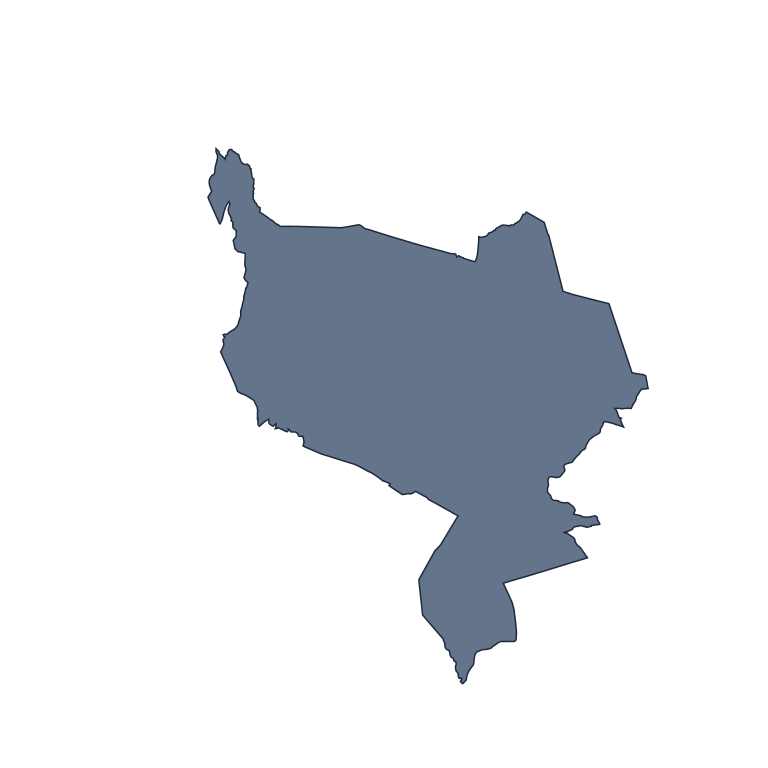 outline of Tlazazalca, Michoacán, Mexico, rotated 210°
{"feature_id": "50627088B28595792549416", "entity_name": "Tlazazalca", "entity_type": "district", "adm_level": 2, "iso_a3": "MEX", "parent_name": "Mexico", "parent_adm1": "Michoacán", "projection": "orthographic", "projection_center": [-102.046, 20.015], "detail": "fine", "context": "isolated", "style": "filled", "palette": "slate", "viewbox_px": 768, "rotation_deg": 210, "n_neighbors": 0, "source": "geoboundaries", "source_scale": "gbopen_adm2", "svg_char_len": 6159}
<svg xmlns="http://www.w3.org/2000/svg" viewBox="0 0 768 768"><g transform="rotate(210 384 384)"><path d="M155.0,466.5L158.0,468.5L161.9,471.7L161.3,473.0L162.7,472.7L163.8,472.7L165.1,473.6L167.4,475.7L169.1,477.1L171.8,478.3L168.1,480.6L166.0,481.2L161.0,484.8L157.7,486.4L158.1,490.5L157.9,493.1L157.9,495.5L158.2,497.3L159.2,499.5L158.8,502.0L158.8,504.2L158.6,507.5L157.6,508.6L156.2,509.8L152.9,512.2L153.6,512.7L161.4,522.0L163.8,521.8L174.8,517.7L229.3,566.0L265.3,555.9L275.3,553.8L315.8,595.3L317.0,595.7L326.1,604.1L346.7,604.1L346.9,602.9L346.8,601.8L347.1,601.2L348.4,600.4L348.1,596.3L348.2,593.1L349.4,590.9L349.5,590.0L349.8,589.3L350.8,588.8L351.0,587.0L351.6,586.1L353.0,585.6L353.7,585.0L354.1,583.7L355.4,583.6L356.5,582.7L357.8,582.5L359.0,581.8L360.2,581.3L360.4,580.8L361.2,580.5L361.9,579.6L363.7,576.2L364.7,574.9L364.8,572.4L365.9,571.7L365.9,570.4L367.5,568.5L368.7,567.2L368.7,565.8L369.2,563.4L370.1,562.4L373.4,559.4L374.1,559.2L375.4,559.1L375.6,559.0L372.7,553.6L369.0,545.6L367.2,541.1L366.6,538.5L366.4,536.9L366.3,535.3L377.6,532.7L378.7,533.0L379.9,532.5L383.6,532.4L384.5,530.3L386.9,532.4L391.5,530.3L422.5,522.1L451.4,515.2L474.8,510.0L478.2,509.0L483.5,509.7L485.7,509.2L493.5,502.5L499.1,498.0L537.6,477.3L552.6,468.7L556.4,469.1L556.9,468.6L563.4,469.9L563.8,469.4L568.5,470.2L577.7,470.8L578.3,472.8L579.4,474.7L582.3,474.8L583.3,475.2L584.0,476.0L585.2,476.7L586.7,476.7L587.8,478.0L588.4,478.2L589.5,478.6L590.3,479.4L590.8,480.7L591.6,481.8L592.3,484.0L593.8,485.5L594.1,488.4L595.3,488.8L596.3,490.4L597.0,492.7L597.8,493.8L599.1,496.4L600.6,496.6L601.8,497.3L602.5,498.0L603.6,499.8L604.3,500.2L604.7,501.1L605.7,501.9L606.5,503.8L608.1,504.1L608.6,504.4L609.5,505.7L609.8,505.8L610.6,505.6L612.1,506.1L614.2,504.6L615.7,504.4L617.2,504.4L618.9,505.1L621.5,507.1L624.5,509.9L627.9,509.8L628.4,510.1L629.6,510.2L630.2,510.0L631.0,510.1L631.5,510.3L632.4,510.3L633.1,511.0L635.1,509.7L635.3,507.2L635.0,505.7L634.1,504.3L634.9,502.9L634.0,499.1L635.3,499.8L639.0,500.5L641.8,501.3L643.2,502.8L647.1,503.8L645.6,501.2L642.1,498.3L641.4,496.9L639.8,492.0L639.0,488.5L637.7,485.4L636.6,483.1L636.1,481.0L636.3,479.8L637.2,478.9L637.6,475.4L637.2,473.1L635.9,470.8L634.9,469.3L631.4,466.1L629.7,465.1L629.9,457.9L628.0,456.2L606.6,440.6L606.0,440.8L606.4,445.5L608.8,453.6L609.8,459.6L609.5,464.4L607.4,463.0L606.8,459.1L606.0,456.7L603.3,453.8L600.5,452.2L598.6,450.6L598.3,449.2L597.7,448.7L597.1,448.7L596.0,448.9L594.7,446.5L592.7,443.7L588.6,442.9L586.0,438.2L585.9,437.1L586.4,433.0L580.6,426.5L576.4,425.5L575.7,426.0L569.8,427.6L569.1,427.0L566.1,421.5L565.2,419.3L564.2,418.2L563.8,417.0L561.4,415.0L560.4,413.4L558.4,406.0L556.0,404.6L553.8,404.1L552.6,403.7L552.2,403.4L552.3,402.9L551.4,399.8L551.6,397.5L551.2,397.1L549.6,391.3L549.5,390.3L548.8,388.9L548.1,388.4L548.0,387.5L547.4,386.3L547.1,384.3L545.6,379.9L544.6,375.4L542.1,371.5L541.2,366.3L540.0,362.1L540.7,357.4L543.5,352.2L544.9,348.6L547.3,347.1L547.9,346.2L546.4,345.2L545.5,345.2L545.3,343.7L545.5,341.9L544.7,340.5L543.2,339.3L542.1,337.2L541.6,332.7L541.6,330.1L524.3,317.8L510.5,307.5L507.4,304.5L504.7,304.2L502.3,304.4L500.8,304.8L498.6,305.0L493.8,305.0L491.0,304.9L488.1,304.6L486.6,303.4L482.0,300.4L481.2,299.0L480.2,298.4L480.1,297.5L476.8,291.7L476.8,292.0L476.6,292.0L472.7,285.8L470.9,285.0L470.1,287.1L468.5,291.8L466.3,295.8L464.0,292.6L462.2,291.9L458.8,292.0L457.8,295.6L456.6,294.1L455.9,292.0L455.8,290.9L454.6,291.9L454.5,292.8L451.9,293.5L450.2,293.5L449.0,293.7L445.7,293.8L443.9,294.3L443.4,296.3L444.2,297.0L442.0,296.9L441.7,296.5L441.3,296.2L440.9,296.0L439.4,296.6L436.9,298.0L434.4,298.1L434.2,297.8L432.3,296.6L431.4,296.2L428.2,298.1L425.2,295.0L424.2,293.6L423.1,289.9L420.8,290.0L403.7,292.0L369.4,299.7L364.8,300.2L355.0,300.4L350.0,300.8L343.8,300.5L336.5,299.6L336.5,299.8L328.7,300.7L329.0,298.6L325.4,298.2L313.1,297.4L310.8,298.8L309.8,299.9L307.9,301.3L306.4,301.9L305.6,302.6L305.0,303.2L303.9,304.9L303.0,306.8L294.7,307.0L292.6,307.0L289.8,307.2L287.7,306.2L280.3,306.5L253.9,306.8L254.6,272.9L255.9,267.3L256.5,265.5L256.0,232.5L255.2,230.8L235.0,203.2L207.1,193.4L205.3,192.9L203.8,191.2L202.7,190.6L201.6,189.6L200.4,187.7L199.1,186.4L197.2,185.4L195.4,185.7L195.0,185.5L194.6,185.7L194.0,185.2L193.2,185.0L191.4,182.5L190.1,181.4L188.8,180.9L187.0,181.2L186.0,180.4L185.3,179.4L183.9,179.2L182.4,178.8L181.4,177.5L180.8,175.1L179.7,173.2L178.6,172.0L177.7,171.4L175.2,170.5L173.5,168.0L172.8,167.4L172.7,167.5L172.0,167.2L171.7,166.7L169.6,168.0L169.1,167.8L169.1,164.6L168.2,164.3L167.6,163.9L165.9,163.9L164.8,168.7L166.2,172.5L166.9,176.0L166.9,179.4L166.6,182.8L166.2,185.1L166.6,186.9L169.0,192.3L169.8,194.5L169.8,198.1L166.0,203.1L162.5,205.4L159.4,208.4L158.4,211.6L157.2,213.6L156.1,216.5L154.1,219.4L142.2,226.3L141.7,227.8L142.3,229.9L145.1,235.2L152.0,244.9L158.4,253.4L163.8,258.9L181.1,271.1L175.3,277.3L160.1,293.2L133.7,321.6L120.9,335.2L132.4,340.6L136.1,341.1L137.8,341.9L139.5,343.0L141.3,345.0L142.6,345.6L149.2,346.1L150.1,346.5L150.4,346.2L151.6,346.6L151.8,346.0L152.9,345.5L153.8,345.5L150.1,349.5L148.4,352.0L148.0,355.0L146.5,356.5L142.1,360.2L140.4,360.2L138.9,360.9L136.9,361.1L133.3,364.5L133.5,365.3L127.0,370.3L127.4,370.9L131.0,373.0L132.2,374.7L132.8,375.2L134.4,375.5L135.2,375.4L141.1,370.3L146.1,368.2L147.6,368.4L154.7,366.1L155.3,370.2L157.0,371.6L159.0,372.4L164.5,373.2L165.8,373.1L168.3,371.2L170.6,370.3L172.3,369.8L173.5,369.7L174.6,370.1L178.7,368.2L179.8,368.0L181.0,368.3L182.5,369.3L183.7,370.5L187.9,372.0L189.6,374.0L190.2,375.5L190.6,377.4L191.0,378.7L193.1,381.5L194.0,382.9L194.3,384.2L194.4,386.1L192.3,387.6L188.2,389.0L187.2,389.7L185.3,391.5L184.6,394.9L184.0,399.1L184.8,400.5L185.7,401.4L186.6,402.0L187.3,403.3L186.9,405.1L183.7,408.7L182.9,409.2L182.1,410.4L181.7,412.1L181.5,414.6L180.8,418.1L180.2,419.7L179.8,422.0L179.5,424.2L179.1,425.8L178.3,426.7L177.6,428.0L177.4,429.2L178.0,430.8L178.4,432.8L178.3,438.4L176.2,443.7L173.0,449.1L172.8,450.6L173.2,451.6L173.7,452.3L174.1,454.0L173.9,456.7L174.7,461.6L170.7,463.0L165.9,464.4L164.0,464.6L159.3,465.7L155.0,466.5Z" fill="#64748b" stroke="#1e293b" stroke-width="1.5"/></g></svg>